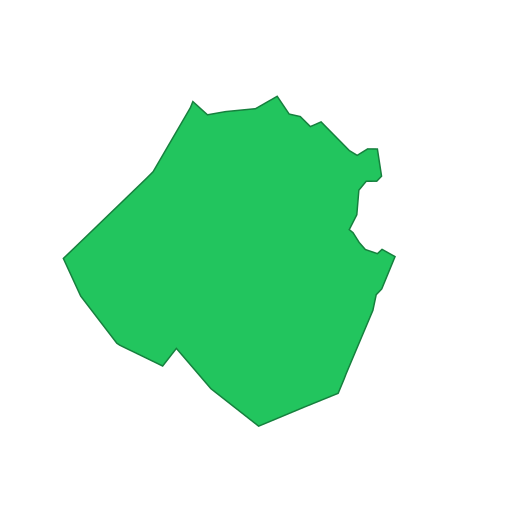 the district of Luzerne, Pennsylvania, United States of America, rotated 318°
{"feature_id": "52423323B94155406981668", "entity_name": "Luzerne", "entity_type": "district", "adm_level": 2, "iso_a3": "USA", "parent_name": "United States of America", "parent_adm1": "Pennsylvania", "projection": "albers", "projection_center": [-75.889, 41.165], "detail": "fine", "context": "isolated", "style": "filled", "palette": "green", "viewbox_px": 512, "rotation_deg": 318, "n_neighbors": 0, "source": "geoboundaries", "source_scale": "gbopen_adm2", "svg_char_len": 730}
<svg xmlns="http://www.w3.org/2000/svg" viewBox="0 0 512 512"><g transform="rotate(318 256 256)"><path d="M98.9,168.5L94.2,227.7L95.1,231.2L113.0,275.3L135.0,271.4L133.7,324.5L144.1,384.2L190.6,400.5L225.2,413.0L239.1,406.4L244.2,403.8L267.0,393.1L306.5,374.6L319.4,365.2L327.4,364.6L358.9,349.5L354.1,335.4L347.8,335.5L341.6,324.4L341.7,315.1L343.7,303.6L342.9,298.8L358.5,292.8L376.5,275.9L387.9,274.2L395.8,281.2L402.7,280.7L417.8,257.7L410.6,251.1L398.5,248.9L395.9,240.1L394.1,199.9L383.0,196.2L382.2,182.0L375.6,172.7L378.6,151.5L354.2,146.2L330.1,128.4L314.4,118.6L312.4,99.0L306.4,101.9L294.6,105.7L236.0,124.5L226.8,125.0L124.9,128.5L111.2,128.9L98.9,168.5Z" fill="#22c55e" stroke="#15803d" stroke-width="1.5"/></g></svg>